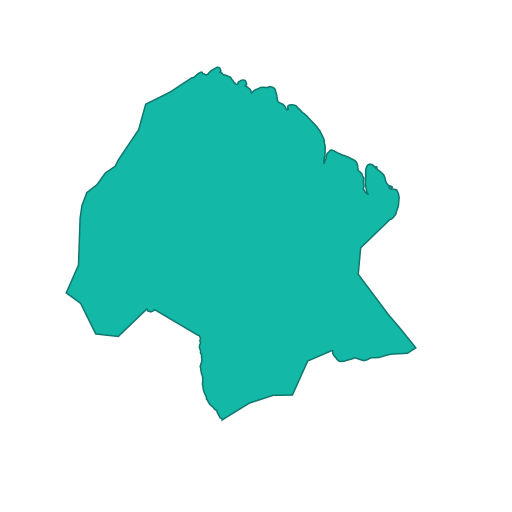 Zavxan, Uvs, Mongolia, rotated 19°
{"feature_id": "93677404B25640564843773", "entity_name": "Zavxan", "entity_type": "district", "adm_level": 2, "iso_a3": "MNG", "parent_name": "Mongolia", "parent_adm1": "Uvs", "projection": "albers", "projection_center": [93.393, 48.88], "detail": "fine", "context": "isolated", "style": "filled", "palette": "teal", "viewbox_px": 512, "rotation_deg": 19, "n_neighbors": 0, "source": "geoboundaries", "source_scale": "gbopen_adm2", "svg_char_len": 5979}
<svg xmlns="http://www.w3.org/2000/svg" viewBox="0 0 512 512"><g transform="rotate(19 256 256)"><path d="M362.1,146.2L361.3,146.0L360.5,146.2L359.5,146.0L358.4,146.1L358.1,146.1L357.0,145.3L355.8,144.8L355.4,144.1L354.2,143.1L353.9,142.7L353.8,142.1L352.8,140.8L352.2,139.7L350.7,138.0L348.7,136.8L348.1,136.7L347.0,136.1L344.4,135.2L343.3,134.9L342.5,134.6L342.1,134.2L341.9,133.9L341.5,133.8L341.3,133.1L341.4,132.8L341.2,132.6L341.1,132.4L340.3,132.6L340.2,132.7L340.1,132.9L340.2,133.6L339.4,133.1L339.0,133.1L338.7,132.8L338.6,132.7L338.3,132.7L338.2,132.8L337.7,132.7L337.2,132.3L337.2,132.1L336.7,132.0L336.4,131.8L335.8,131.8L335.5,131.9L335.1,131.8L334.9,132.0L334.5,132.0L334.2,132.2L333.8,132.1L333.3,132.3L333.0,132.7L332.6,132.9L332.3,133.2L332.0,133.7L331.8,134.4L331.6,135.3L331.5,136.2L331.6,137.9L331.9,139.8L332.4,140.8L333.0,143.0L333.9,145.0L334.2,146.8L334.6,147.8L335.1,149.9L335.6,151.0L336.6,153.6L338.0,156.2L339.9,159.2L341.7,161.0L341.4,161.1L341.0,160.8L340.7,161.1L339.9,160.7L339.0,160.3L338.8,160.1L337.8,159.7L337.3,159.0L337.0,158.5L335.9,158.1L335.6,157.6L335.5,157.1L335.4,156.6L335.5,155.6L335.4,155.0L333.2,150.7L333.2,150.4L333.0,149.2L332.7,147.8L332.4,147.1L331.7,146.4L330.6,145.7L329.3,143.9L328.8,143.4L326.7,142.5L326.3,142.5L325.9,142.4L324.5,141.5L324.2,141.2L324.3,140.7L323.8,140.1L322.6,137.3L322.0,136.4L321.2,135.4L320.3,134.5L318.6,133.6L317.3,133.4L315.7,133.0L314.6,133.1L313.7,132.8L313.1,132.7L312.1,132.8L311.0,132.4L310.3,132.5L306.5,132.2L305.9,132.5L303.4,132.3L302.9,132.1L299.6,132.0L295.3,131.1L292.8,131.2L292.3,131.4L291.9,131.8L291.3,132.9L291.0,134.0L290.5,134.9L290.2,135.3L289.9,135.8L289.9,136.5L290.0,138.3L290.1,139.6L290.4,140.0L290.5,140.5L290.2,142.7L290.2,143.4L290.4,145.2L290.3,145.7L290.2,146.1L289.9,146.1L289.5,145.1L288.8,142.4L288.2,137.9L287.8,136.2L286.6,132.3L286.0,130.5L285.3,129.0L284.2,127.6L283.0,124.8L282.2,123.5L281.4,122.5L280.2,121.4L278.6,119.7L276.6,117.9L275.5,116.6L274.2,116.0L271.1,113.8L267.7,111.9L266.4,111.3L264.4,110.3L262.4,109.2L261.8,108.8L260.3,108.3L259.2,107.3L257.9,107.0L255.7,105.8L253.4,105.3L251.1,104.1L250.0,103.4L247.8,102.5L246.5,101.8L245.9,101.4L245.4,101.1L244.7,100.9L243.7,100.9L242.9,101.0L241.3,101.1L240.0,101.6L238.6,102.3L237.9,102.9L237.5,103.4L237.4,104.5L237.5,104.9L237.8,105.7L238.2,106.1L238.6,106.3L238.8,106.5L238.9,106.8L238.8,107.0L238.3,107.4L237.6,107.7L237.2,107.5L236.3,106.8L235.2,105.7L234.0,104.7L232.4,103.9L231.0,103.7L228.2,103.4L227.0,103.1L226.7,102.9L226.0,102.3L225.3,101.3L224.6,100.0L224.5,99.7L223.4,97.4L220.0,92.4L219.5,91.9L217.6,91.1L215.0,91.2L213.3,91.5L212.3,92.9L207.0,94.4L205.5,95.1L203.8,96.9L201.6,98.9L200.6,99.9L199.9,100.8L198.9,103.4L198.8,103.5L198.6,103.5L197.2,101.2L196.3,100.4L195.8,100.1L194.3,99.8L193.7,99.4L192.8,99.0L190.9,98.7L190.5,98.8L190.2,98.7L190.2,98.4L191.0,97.7L191.3,97.2L191.2,96.7L190.7,95.7L189.6,94.3L189.2,93.9L188.6,93.6L187.7,93.5L185.8,94.1L185.5,94.4L185.1,94.5L184.5,95.1L183.5,96.3L182.6,97.3L182.5,97.8L182.9,98.1L182.9,98.4L182.8,99.4L182.4,99.8L181.8,100.1L181.0,100.0L180.3,99.7L179.8,99.2L178.6,98.9L177.7,98.2L177.1,97.7L176.7,97.4L175.9,97.1L175.4,96.8L174.8,96.1L173.5,95.2L171.2,95.1L168.8,94.9L166.8,95.1L165.9,95.1L165.4,95.0L164.6,94.3L163.6,93.9L163.0,93.5L162.6,93.4L162.0,93.9L162.0,93.4L162.4,92.0L160.8,90.3L160.3,90.0L159.4,89.8L158.4,89.9L158.0,90.1L157.3,90.7L156.1,92.1L153.8,94.6L152.2,97.3L151.7,98.5L151.4,99.4L151.2,100.1L150.6,100.6L149.3,101.1L148.5,100.9L147.7,100.7L147.2,100.8L146.4,101.0L145.4,100.0L144.7,99.8L144.4,99.9L143.1,101.0L142.6,101.6L141.5,103.1L139.5,106.6L139.1,107.4L138.5,107.8L138.0,108.0L137.0,108.7L121.5,128.9L102.3,148.4L103.9,174.8L94.5,210.2L93.7,217.0L86.5,226.6L82.4,240.4L75.4,251.1L75.0,264.9L77.3,277.3L91.1,322.3L88.6,352.7L105.6,357.9L129.9,381.9L152.0,376.9L170.0,341.7L171.7,343.2L172.2,343.3L173.3,343.2L174.9,343.0L175.6,342.4L177.3,340.7L177.4,339.7L226.1,349.7L228.0,349.7L230.5,351.9L230.4,354.0L230.5,354.3L230.8,355.0L231.5,355.7L231.8,356.3L231.9,357.3L231.6,358.6L231.6,358.8L232.2,359.7L232.2,359.9L232.1,360.8L232.2,361.0L232.8,361.8L233.4,362.2L233.7,362.6L234.8,364.4L234.8,364.7L234.9,365.3L235.0,365.6L235.5,366.2L236.2,366.8L236.9,367.7L237.7,370.0L238.1,370.6L239.3,373.7L239.3,374.2L238.9,375.1L239.0,375.7L239.2,376.7L239.2,377.5L239.1,378.5L239.9,379.6L240.4,380.5L241.2,382.3L242.9,385.1L243.9,386.4L244.5,387.1L245.5,389.1L245.9,390.3L246.2,391.3L246.5,392.2L246.9,392.9L246.8,394.2L248.5,397.0L249.4,399.0L250.4,400.4L251.4,401.8L254.6,405.1L254.9,405.8L255.8,406.7L255.8,406.8L255.8,407.5L256.1,407.7L257.0,408.0L257.5,408.4L257.6,408.9L258.1,409.1L258.5,409.5L258.9,409.6L259.6,410.6L260.5,411.3L263.7,412.7L264.9,413.0L265.4,413.4L265.8,413.9L266.1,414.1L268.2,414.8L268.8,414.8L269.4,415.1L269.7,415.3L270.0,416.2L270.1,416.5L271.2,417.2L271.7,418.0L273.3,419.1L273.7,419.8L274.5,420.5L275.0,420.7L275.4,420.6L276.2,420.8L276.7,421.1L277.0,421.4L277.3,422.2L281.5,416.9L297.7,397.2L317.5,382.2L335.7,375.6L339.1,338.4L358.7,320.6L359.1,320.5L359.4,320.7L359.7,321.8L360.5,323.3L361.3,324.3L362.7,325.2L364.2,325.9L366.3,327.4L367.8,328.2L368.3,328.3L370.0,328.3L370.6,328.1L373.6,326.8L375.3,325.4L379.7,322.5L381.2,321.3L381.8,320.7L382.6,320.2L382.9,320.1L384.1,320.0L390.5,320.0L391.3,320.0L392.1,319.7L393.3,319.1L394.9,317.9L395.9,316.9L396.7,315.9L397.8,314.8L401.4,313.5L405.4,311.9L411.3,307.6L414.6,305.5L416.9,304.3L430.8,298.7L437.0,290.8L416.2,277.7L400.4,268.4L358.6,240.0L352.3,214.2L361.7,195.7L370.9,177.7L372.0,177.0L372.4,176.4L373.3,174.9L373.8,173.1L374.4,171.8L374.5,170.7L374.5,169.8L374.3,168.8L374.4,162.9L373.8,160.1L373.4,158.7L373.1,157.5L372.6,155.1L372.2,153.9L370.9,151.6L370.2,150.5L367.7,147.9L367.2,147.6L365.8,147.9L365.1,147.8L362.3,148.9L361.3,148.9L359.6,148.1L359.6,147.9L359.7,147.6L360.2,147.1L360.8,146.8L361.5,146.9L362.1,147.4L362.3,147.3L362.6,146.9L362.6,146.6L362.1,146.2Z" fill="#14b8a6" stroke="#0f766e" stroke-width="1.5"/></g></svg>